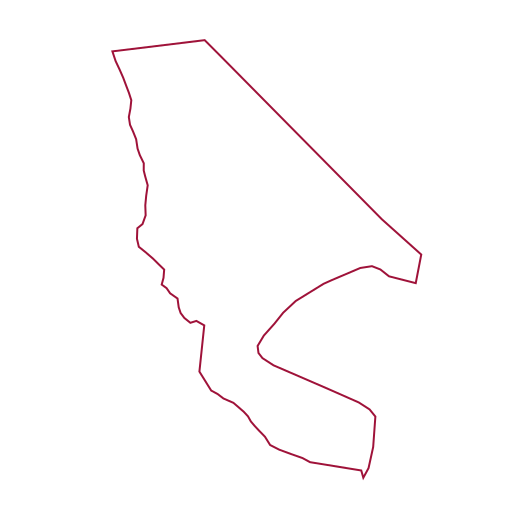 Junco do Seridó, Paraíba, Brazil (Natural Earth projection), rotated 96°
{"feature_id": "56859067B6318003326447", "entity_name": "Junco do Seridó", "entity_type": "district", "adm_level": 2, "iso_a3": "BRA", "parent_name": "Brazil", "parent_adm1": "Paraíba", "projection": "natural_earth1", "projection_center": [-36.749, -6.988], "detail": "fine", "context": "isolated", "style": "outline", "palette": "rose", "viewbox_px": 512, "rotation_deg": 96, "n_neighbors": 0, "source": "geoboundaries", "source_scale": "gbopen_adm2", "svg_char_len": 1164}
<svg xmlns="http://www.w3.org/2000/svg" viewBox="0 0 512 512"><g transform="rotate(96 256 256)"><path d="M266.3,94.3L237.3,91.8L206.3,134.7L62.3,310.4L46.7,329.6L67.5,420.2L76.8,416.0L84.9,411.1L92.6,406.7L101.0,402.5L107.1,399.4L114.1,396.3L122.5,396.3L131.1,397.0L138.7,395.0L145.2,391.2L152.4,387.4L161.6,385.0L167.8,382.1L175.5,377.3L182.7,376.6L188.2,374.6L197.0,371.1L207.5,371.5L217.1,371.4L227.1,370.0L236.1,372.2L240.8,376.9L251.3,376.2L259.1,373.5L263.6,366.5L269.5,358.0L274.1,352.3L279.1,345.9L287.4,345.7L294.3,346.8L297.3,341.6L302.1,337.5L306.5,329.6L315.1,327.5L320.6,325.0L325.1,320.8L329.3,314.3L326.8,308.5L330.4,300.2L376.9,300.2L394.5,286.5L397.3,279.7L401.1,273.5L404.4,263.1L412.1,252.0L416.3,247.2L421.1,243.8L425.2,239.5L429.3,234.8L434.8,228.2L442.5,222.2L446.2,212.6L449.3,200.4L452.1,188.6L455.4,180.7L458.3,128.9L465.3,126.1L455.2,121.9L433.7,119.5L403.2,120.5L396.7,127.0L390.9,138.5L381.1,169.0L362.9,227.1L356.9,238.9L352.2,243.4L345.3,245.0L334.3,239.9L321.4,230.6L309.5,223.0L296.6,211.8L276.6,185.9L272.0,178.0L257.0,151.0L254.0,139.6L256.4,130.9L262.3,121.6L266.3,94.3Z" fill="none" stroke="#9f1239" stroke-width="2"/></g></svg>